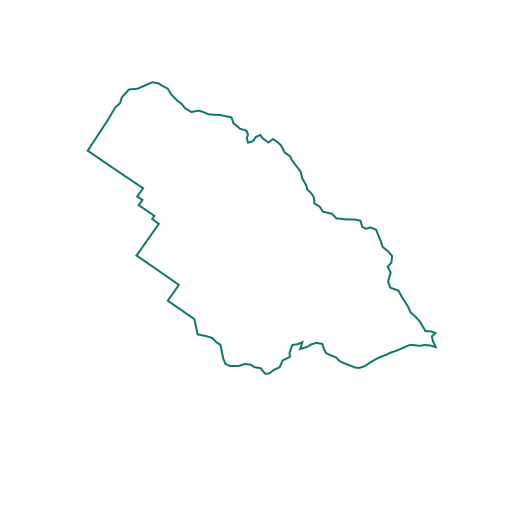 Paraíso do Sul, Rio Grande do Sul, Brazil, rotated 304°
{"feature_id": "56859067B73177855032740", "entity_name": "Paraíso do Sul", "entity_type": "district", "adm_level": 2, "iso_a3": "BRA", "parent_name": "Brazil", "parent_adm1": "Rio Grande do Sul", "projection": "orthographic", "projection_center": [-53.114, -29.705], "detail": "fine", "context": "isolated", "style": "outline", "palette": "teal", "viewbox_px": 512, "rotation_deg": 304, "n_neighbors": 0, "source": "geoboundaries", "source_scale": "gbopen_adm2", "svg_char_len": 2023}
<svg xmlns="http://www.w3.org/2000/svg" viewBox="0 0 512 512"><g transform="rotate(304 256 256)"><path d="M203.6,344.6L207.6,348.0L210.6,349.9L213.8,351.4L217.7,354.6L220.2,360.1L217.1,364.0L214.7,368.4L215.4,373.3L216.7,378.9L215.6,384.2L216.4,389.1L217.7,394.9L219.0,400.7L221.0,404.3L225.8,407.9L230.7,409.8L237.8,413.2L242.8,416.2L247.1,419.4L250.4,421.1L253.6,423.5L256.5,425.7L260.4,428.2L264.7,430.9L268.7,433.6L271.1,438.2L273.2,442.2L276.4,445.4L279.2,450.3L281.0,455.9L284.5,450.1L287.7,446.7L292.4,447.8L291.5,443.5L288.5,438.5L293.3,428.4L295.0,421.3L295.6,415.9L299.4,409.6L303.5,400.0L307.0,393.4L304.8,384.9L308.7,379.8L317.7,376.8L320.7,371.2L326.3,371.9L332.0,368.9L333.7,363.1L334.3,355.9L337.4,352.1L340.2,347.8L345.0,340.9L343.7,335.0L340.0,331.8L339.6,327.7L343.7,322.8L341.1,316.7L336.7,310.2L334.2,305.4L332.1,301.7L333.5,295.6L331.7,290.7L330.2,286.8L332.6,281.0L332.2,275.0L336.7,271.6L338.9,266.9L339.9,261.2L342.6,258.2L346.3,250.7L350.8,246.0L355.6,232.0L357.6,228.6L357.9,221.8L361.8,214.6L362.5,209.2L362.5,204.7L357.1,202.8L357.2,195.8L358.8,191.9L354.5,189.3L349.6,189.3L345.5,186.1L348.6,182.5L352.3,181.4L354.6,177.8L352.5,171.4L353.1,167.4L353.3,163.4L357.3,158.0L354.7,152.4L353.4,148.6L350.7,143.9L348.7,140.7L346.8,136.9L345.8,131.4L344.3,126.9L339.2,121.9L338.8,114.7L340.5,109.2L340.9,103.4L342.5,95.5L345.4,89.1L344.7,83.8L344.7,79.1L342.1,72.9L328.5,64.3L323.0,57.6L312.5,56.1L306.7,57.8L300.4,56.3L292.0,56.7L286.8,57.1L257.3,57.5L249.2,57.6L249.0,85.3L249.0,124.5L238.9,124.3L239.0,130.5L232.6,130.3L232.4,149.4L228.7,149.2L228.3,157.5L189.6,156.7L189.4,177.6L188.9,208.2L169.6,207.9L169.2,240.2L158.4,251.5L160.0,255.3L161.5,258.9L163.6,265.5L162.4,271.2L162.4,276.2L155.6,283.2L152.6,286.2L149.5,291.1L150.2,295.8L155.0,303.0L160.1,307.1L162.8,312.0L163.0,316.9L165.6,322.7L163.5,329.5L166.1,332.6L172.1,334.8L176.9,337.8L184.5,336.5L188.4,338.9L191.5,340.5L194.5,337.9L202.5,335.9L206.2,339.9L210.4,342.7L203.6,344.6Z" fill="none" stroke="#0f766e" stroke-width="2"/></g></svg>